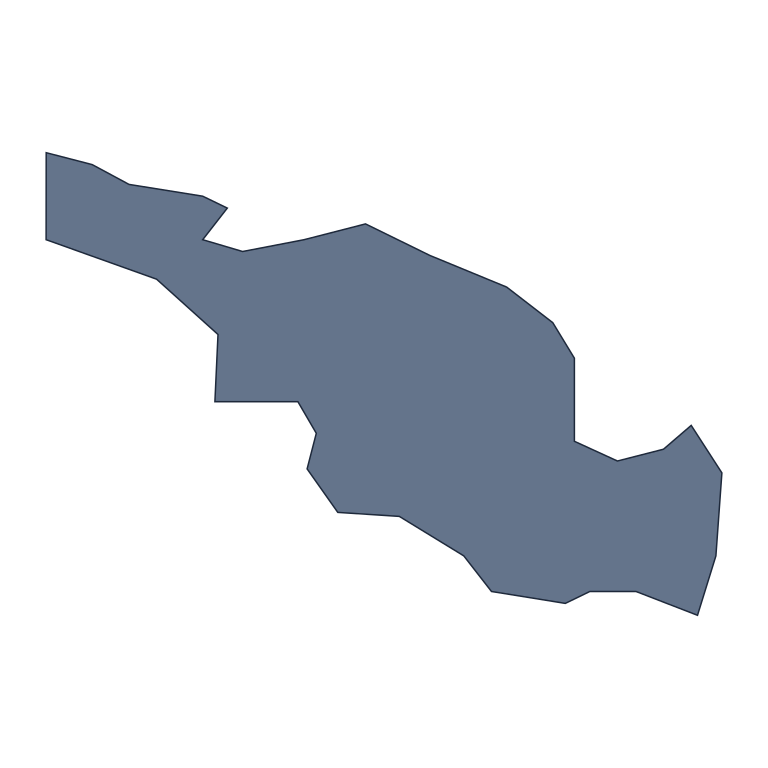 outline of Cesu
{"feature_id": "LVA-1080", "entity_name": "Cesu", "entity_type": "Municipality", "adm_level": 1, "iso_a3": "LVA", "parent_name": "Latvia", "parent_adm1": "", "projection": "natural_earth1", "projection_center": [25.407, 57.239], "detail": "fine", "context": "isolated", "style": "filled", "palette": "slate", "viewbox_px": 768, "rotation_deg": 0, "n_neighbors": 0, "source": "natural_earth", "source_scale": "10m", "svg_char_len": 548}
<svg xmlns="http://www.w3.org/2000/svg" viewBox="0 0 768 768"><path d="M46.1,239.7L46.2,152.7L92.2,164.6L129.0,184.4L202.7,196.2L227.3,208.1L202.7,239.7L242.6,251.5L304.0,239.7L365.5,223.9L430.0,255.5L506.7,287.1L552.8,322.7L574.4,358.2L574.4,441.3L617.4,461.0L663.5,449.2L691.2,425.4L721.9,472.9L715.9,555.9L697.5,615.3L636.0,591.5L589.8,591.5L565.3,603.4L491.5,591.5L463.8,555.9L399.3,516.4L337.8,512.4L307.1,468.9L316.3,433.3L297.9,401.7L214.9,401.7L218.0,334.5L156.6,279.2L46.1,239.7Z" fill="#64748b" stroke="#1e293b" stroke-width="1.5"/></svg>